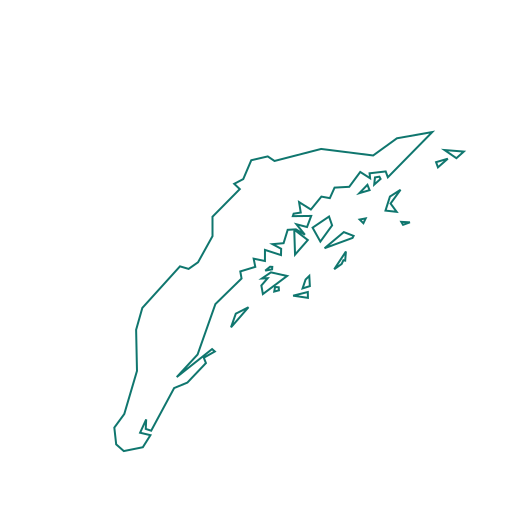 the Division of Tanintharyi, rotated 231°
{"feature_id": "MMR-3279", "entity_name": "Tanintharyi", "entity_type": "Division", "adm_level": 1, "iso_a3": "MMR", "parent_name": "Myanmar", "parent_adm1": "", "projection": "orthographic", "projection_center": [98.437, 12.445], "detail": "medium", "context": "isolated", "style": "outline", "palette": "teal", "viewbox_px": 512, "rotation_deg": 231, "n_neighbors": 0, "source": "natural_earth", "source_scale": "10m", "svg_char_len": 1971}
<svg xmlns="http://www.w3.org/2000/svg" viewBox="0 0 512 512"><g transform="rotate(231 256 256)"><path d="M211.8,37.9L216.1,54.2L241.6,91.2L274.1,116.4L287.2,135.0L295.8,190.4L288.4,195.5L287.6,207.0L298.8,234.7L313.9,246.9L318.2,285.5L325.8,284.5L323.8,294.5L333.4,312.6L326.0,327.8L318.2,330.2L298.2,374.0L260.4,410.3L258.8,439.6L241.4,471.0L234.2,408.0L240.1,410.0L248.8,396.3L244.6,393.6L255.7,389.9L251.1,372.0L259.7,360.1L254.5,349.8L261.0,344.2L257.6,327.9L270.8,323.4L261.6,318.1L265.2,311.9L263.8,309.7L252.4,324.1L246.4,313.9L255.2,307.4L241.8,307.4L251.6,303.8L256.4,297.1L248.6,285.5L254.8,276.3L245.8,280.1L241.0,276.0L255.1,266.8L246.5,259.8L255.4,252.5L248.0,248.6L253.9,234.1L247.6,230.6L244.2,194.2L216.2,148.6L211.8,118.2L211.3,163.3L207.7,163.9L209.8,151.4L204.3,149.7L200.8,123.0L204.9,109.3L186.2,64.6L191.0,61.5L198.1,67.8L191.6,54.7L183.2,61.2L178.6,47.7L187.6,30.5L197.6,28.8L211.8,37.9ZM234.8,246.4L233.9,257.3L220.9,267.6L222.1,237.4L229.7,241.6L231.4,251.1L234.8,246.4ZM226.7,315.1L242.4,317.8L240.7,337.6L231.9,334.4L226.7,315.1ZM218.9,314.2L219.3,339.3L210.2,344.5L209.3,342.4L218.9,314.2ZM232.5,287.2L251.1,301.3L251.1,302.6L235.8,306.3L232.5,287.2ZM217.9,397.5L216.5,410.0L212.1,393.6L201.8,393.1L209.8,385.2L217.9,397.5ZM205.9,473.3L219.7,469.2L206.4,483.2L205.9,473.3ZM201.8,259.9L195.4,273.6L190.8,270.0L201.8,259.9ZM216.3,191.7L223.9,204.0L220.9,217.9L216.3,191.7ZM201.5,271.8L206.5,279.7L207.0,284.9L198.7,278.9L201.5,271.8ZM196.5,308.5L202.9,328.7L196.3,322.4L197.7,321.3L195.9,317.5L196.5,308.5ZM241.2,387.4L235.7,385.7L239.8,375.9L241.2,387.4ZM210.9,466.3L210.4,453.2L215.6,455.0L210.9,466.3ZM237.1,392.8L242.2,397.9L240.0,401.8L237.5,401.3L237.1,392.8ZM238.8,254.0L238.8,260.2L237.3,261.8L235.5,260.1L238.8,254.0ZM216.9,247.8L219.9,251.3L217.4,254.0L214.9,252.2L216.9,247.8ZM185.3,396.8L187.7,389.9L191.1,390.4L185.3,396.8ZM219.1,359.5L216.2,364.9L213.9,360.1L219.1,359.5Z" fill="none" stroke="#0f766e" stroke-width="2"/></g></svg>